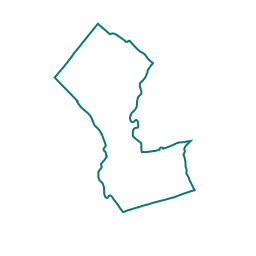 the district of Kebemer, Louga, Senegal, rotated 221°
{"feature_id": "50182788B60047071387499", "entity_name": "Kebemer", "entity_type": "district", "adm_level": 2, "iso_a3": "SEN", "parent_name": "Senegal", "parent_adm1": "Louga", "projection": "albers", "projection_center": [-16.284, 15.311], "detail": "fine", "context": "isolated", "style": "outline", "palette": "teal", "viewbox_px": 256, "rotation_deg": 221, "n_neighbors": 0, "source": "geoboundaries", "source_scale": "gbopen_adm2", "svg_char_len": 5100}
<svg xmlns="http://www.w3.org/2000/svg" viewBox="0 0 256 256"><g transform="rotate(221 128 128)"><path d="M166.6,194.3L166.7,194.2L168.2,193.8L170.0,193.5L171.1,193.6L176.6,194.0L179.3,194.3L181.4,194.5L182.9,194.6L183.8,194.6L184.0,194.9L184.3,194.7L184.4,194.4L184.6,194.1L184.8,193.7L184.9,193.4L185.0,193.0L185.1,192.7L185.2,192.4L185.3,192.2L185.6,191.9L185.9,191.7L186.2,191.7L187.0,191.8L187.7,191.8L188.2,191.8L188.7,191.8L189.3,191.7L190.3,191.6L191.3,191.5L192.1,191.4L193.1,191.3L193.9,191.2L195.1,191.1L195.7,191.0L196.7,190.9L197.3,190.9L197.7,190.8L198.2,190.7L198.8,190.6L199.3,190.4L199.9,190.2L200.4,190.0L200.9,189.8L201.3,189.6L201.6,189.3L201.9,189.0L202.2,188.6L202.4,188.2L202.8,187.7L203.2,187.1L203.2,186.9L205.9,186.9L208.6,186.9L211.4,186.9L214.1,186.9L216.9,186.9L219.1,186.9L219.0,185.1L219.0,183.2L218.9,181.3L218.8,178.6L218.7,175.7L218.6,172.3L218.5,168.8L218.3,165.3L218.3,164.0L218.3,162.1L218.0,158.8L218.0,156.6L217.9,154.1L217.9,153.9L217.8,150.7L217.8,149.0L217.4,145.9L217.2,142.9L217.1,141.0L217.1,140.6L217.0,140.3L217.0,140.2L216.8,137.6L216.8,135.5L216.7,133.4L216.6,132.7L216.6,131.2L216.6,130.7L216.6,129.1L216.6,125.4L216.6,125.0L216.5,122.7L216.5,120.3L216.5,118.0L213.8,117.8L211.0,117.5L208.3,117.3L205.6,117.0L202.8,116.8L200.1,116.6L197.4,116.3L194.6,116.1L191.9,115.9L189.1,115.6L188.9,115.6L188.6,115.6L183.7,115.1L183.7,114.5L182.2,114.0L180.4,113.5L177.3,112.9L176.4,112.9L174.7,112.8L171.9,112.8L170.9,112.8L170.0,112.8L169.6,112.9L168.6,112.9L166.8,112.7L165.3,112.6L163.7,112.2L162.6,111.8L160.3,110.7L157.9,109.5L156.2,108.5L154.8,108.0L153.0,107.9L152.0,108.0L150.1,107.7L148.5,107.6L146.7,107.1L145.5,106.7L142.8,105.6L139.2,103.6L137.8,102.9L136.7,102.3L135.1,101.4L133.9,100.6L132.9,99.7L132.8,98.9L132.9,97.5L132.8,96.5L132.2,95.6L131.4,95.2L131.1,95.2L130.0,95.1L129.0,95.1L128.3,94.5L127.1,93.7L126.2,92.7L125.4,92.4L125.3,92.5L125.0,92.2L125.1,90.1L124.8,89.3L124.8,86.4L124.8,83.5L124.5,82.7L124.0,82.5L122.5,81.5L122.2,81.2L121.9,80.4L121.9,77.6L121.6,75.9L121.6,75.7L121.1,74.7L120.8,74.5L119.8,73.4L118.7,72.1L117.3,70.9L115.9,70.2L114.9,69.8L113.9,69.8L112.3,69.7L111.6,69.7L111.3,69.7L110.7,69.5L110.4,69.4L109.2,68.7L108.3,68.1L107.4,67.7L106.5,66.7L105.8,66.0L104.0,64.0L102.4,62.4L100.9,61.6L99.7,61.1L98.9,61.1L98.2,61.2L97.8,61.6L97.7,62.3L97.8,63.4L97.8,64.1L97.6,65.1L97.0,65.5L96.5,65.6L95.7,65.7L94.5,65.4L92.6,64.9L90.8,64.5L88.9,64.1L85.4,63.4L81.2,62.2L76.6,61.3L76.4,61.5L75.8,62.5L75.1,63.7L74.4,65.3L73.5,66.6L72.5,68.1L71.9,69.4L71.5,70.0L70.9,70.9L69.8,72.6L68.8,74.1L67.8,75.8L67.2,76.6L66.6,77.6L66.1,78.6L65.3,79.7L64.6,80.8L64.1,81.7L63.1,83.0L62.3,84.2L61.4,85.7L60.4,87.3L58.5,90.2L57.4,91.8L56.2,93.5L55.4,94.7L54.4,96.1L52.7,98.5L51.9,99.7L51.8,99.9L51.1,101.0L50.3,102.3L49.6,103.3L48.8,104.5L47.9,105.7L47.2,107.0L46.5,108.4L45.8,109.6L44.8,111.5L44.0,113.0L42.7,115.3L41.8,116.8L41.0,118.2L39.9,120.0L39.1,121.6L38.0,123.2L36.9,124.7L39.9,125.9L42.8,127.2L45.8,128.4L48.8,129.7L49.4,130.3L51.5,131.1L53.9,131.8L54.9,132.8L55.4,134.0L56.3,134.9L57.2,135.5L58.4,136.2L59.3,136.7L62.5,140.2L62.9,140.5L63.9,141.2L65.6,142.6L67.6,143.8L68.6,144.2L69.3,146.8L69.5,147.4L70.1,147.9L71.3,148.6L71.5,148.8L72.2,150.0L72.6,151.8L72.6,153.5L72.5,154.9L72.2,159.2L72.2,159.3L73.1,158.1L74.8,156.6L75.3,155.6L76.0,154.5L76.9,153.6L78.0,152.5L79.1,151.5L80.3,150.1L81.1,148.8L81.9,147.1L82.8,145.0L84.1,142.2L85.3,140.0L86.4,137.9L87.4,136.3L87.8,135.5L88.7,135.8L89.8,135.4L90.3,134.6L90.5,134.3L90.6,133.8L90.5,132.9L89.9,132.4L90.5,131.5L90.9,130.9L91.6,129.8L92.2,129.0L92.6,128.4L93.4,127.6L94.1,126.9L94.7,125.9L95.7,124.9L96.6,123.9L99.0,121.2L99.8,120.6L100.5,120.1L100.8,119.8L101.3,119.2L101.5,119.0L101.7,118.9L102.4,119.3L102.5,119.4L102.7,119.6L103.2,120.1L104.3,121.1L105.2,122.0L105.8,122.8L107.0,124.2L108.1,125.2L110.2,125.1L111.7,125.1L115.5,124.9L118.4,124.9L119.9,125.9L120.6,126.8L121.4,127.8L122.4,129.3L122.8,130.2L123.0,131.3L122.6,132.6L121.9,133.6L121.1,134.2L121.0,135.5L121.6,136.3L122.2,136.9L123.1,137.9L123.9,138.6L124.7,139.1L125.2,139.5L126.2,139.6L126.9,139.5L127.3,139.1L127.5,138.4L127.7,136.6L128.2,135.5L128.9,135.1L130.0,135.0L130.5,135.2L131.0,135.3L132.6,136.4L133.4,137.4L134.0,138.4L134.6,139.9L134.8,140.8L135.1,141.9L135.0,142.8L134.8,144.1L134.7,144.8L134.6,146.0L134.8,147.1L134.9,148.1L135.1,148.9L135.6,150.0L136.2,150.9L136.9,151.8L137.8,153.0L138.4,153.6L138.9,154.5L139.2,155.1L139.3,155.2L139.5,155.5L139.9,156.7L140.3,157.1L140.6,157.8L140.6,159.0L140.6,159.5L140.5,160.7L140.4,161.8L140.5,162.5L140.7,163.0L140.8,163.1L141.3,163.9L141.7,164.2L142.1,164.5L143.1,165.1L144.9,166.3L145.6,166.7L146.7,167.6L147.6,168.5L148.1,169.2L148.3,170.5L148.1,173.0L148.0,173.7L148.0,174.6L148.0,176.4L148.2,177.8L148.6,179.3L149.4,181.1L149.6,182.3L150.0,182.9L150.5,183.6L150.8,184.3L151.1,185.1L151.2,186.0L151.2,186.6L151.6,189.3L151.8,190.4L151.8,190.9L151.6,191.4L151.5,192.6L151.7,193.3L152.7,193.2L154.3,193.2L155.2,193.2L158.7,193.5L160.6,193.9L161.0,194.0L162.7,194.4L163.7,194.6L165.4,194.5L166.6,194.3Z" fill="none" stroke="#0f766e" stroke-width="2"/></g></svg>